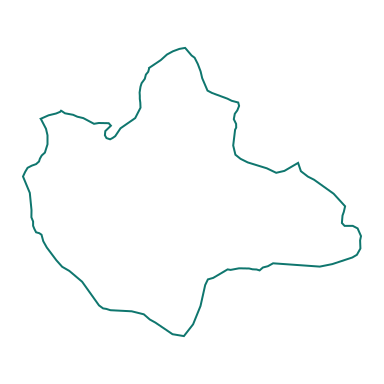 an SVG outline of Chaouia - Ouardigha
{"feature_id": "MAR-1449", "entity_name": "Chaouia - Ouardigha", "entity_type": "Region", "adm_level": 1, "iso_a3": "MAR", "parent_name": "Morocco", "parent_adm1": "", "projection": "albers", "projection_center": [-7.234, 33.091], "detail": "fine", "context": "isolated", "style": "outline", "palette": "teal", "viewbox_px": 384, "rotation_deg": 0, "n_neighbors": 0, "source": "natural_earth", "source_scale": "10m", "svg_char_len": 1705}
<svg xmlns="http://www.w3.org/2000/svg" viewBox="0 0 384 384"><path d="M149.0,68.0L160.9,60.0L167.0,54.5L172.9,51.3L179.4,48.9L185.1,47.9L185.5,48.3L191.6,55.5L194.6,57.7L197.8,64.0L200.6,71.4L202.2,78.2L207.5,90.6L212.1,93.0L227.5,98.7L231.7,100.8L238.2,102.5L239.1,105.9L237.3,110.4L234.8,113.8L233.8,119.2L236.1,123.9L236.2,127.6L235.1,129.7L233.2,145.5L235.4,154.7L240.5,158.8L247.7,162.4L266.8,168.3L276.2,172.8L284.4,170.9L298.1,162.9L300.9,171.2L307.9,176.6L314.0,179.7L333.6,193.7L345.1,206.3L343.8,211.9L342.5,215.6L341.9,223.0L344.6,225.9L352.8,225.9L357.6,228.4L361.0,236.1L360.1,240.4L360.4,248.5L356.9,254.8L352.3,257.5L332.3,264.1L319.8,266.6L273.1,263.3L267.9,266.2L262.9,267.5L259.6,270.4L256.6,269.5L252.6,269.3L249.2,268.5L239.1,268.3L230.6,269.9L227.6,269.4L213.2,277.9L207.9,279.4L205.2,285.0L200.5,306.0L193.1,324.3L183.9,336.1L172.5,334.2L155.4,322.6L149.8,319.5L143.8,314.3L131.7,311.3L110.4,310.2L106.3,308.9L103.1,308.4L99.0,305.4L82.1,281.7L69.3,270.9L62.2,266.8L56.4,260.3L46.8,247.5L43.3,241.3L41.5,234.7L39.3,233.2L36.1,232.3L34.4,229.0L33.1,225.8L33.1,221.5L31.4,217.3L31.5,210.1L29.8,192.9L23.0,176.5L25.2,171.8L27.6,167.8L31.9,165.6L36.1,164.1L39.0,161.5L39.9,158.7L41.7,155.5L44.9,152.6L47.5,144.3L47.5,135.3L46.0,128.8L41.0,119.2L40.7,118.8L48.6,115.3L56.1,113.5L60.2,111.8L61.0,110.7L61.3,110.8L65.0,113.3L73.1,114.8L77.3,116.7L83.3,118.1L94.0,123.8L98.8,123.0L108.7,123.2L110.9,125.7L105.3,131.1L104.9,135.3L106.5,138.1L110.1,139.3L112.6,138.0L115.2,136.2L120.5,128.3L135.2,118.1L140.5,107.7L140.3,102.7L139.8,98.9L139.8,95.7L139.6,92.5L140.5,86.7L141.6,83.2L144.8,78.8L145.9,74.6L148.2,71.8L149.1,68.5L149.0,68.0Z" fill="none" stroke="#0f766e" stroke-width="2"/></svg>